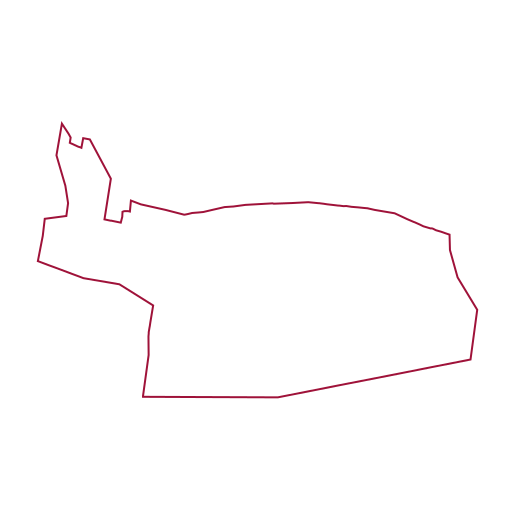 outline of Trinidad Zaachila, Oaxaca, Mexico, rotated 177°
{"feature_id": "50627088B25274478654542", "entity_name": "Trinidad Zaachila", "entity_type": "district", "adm_level": 2, "iso_a3": "MEX", "parent_name": "Mexico", "parent_adm1": "Oaxaca", "projection": "robinson", "projection_center": [-96.784, 16.924], "detail": "fine", "context": "isolated", "style": "outline", "palette": "rose", "viewbox_px": 512, "rotation_deg": 177, "n_neighbors": 0, "source": "geoboundaries", "source_scale": "gbopen_adm2", "svg_char_len": 1671}
<svg xmlns="http://www.w3.org/2000/svg" viewBox="0 0 512 512"><g transform="rotate(177 256 256)"><path d="M450.0,367.0L442.7,336.1L440.9,318.6L443.3,305.9L465.0,304.2L467.9,287.2L474.1,262.3L463.6,257.7L457.7,255.2L440.5,247.7L433.3,244.6L429.5,242.9L393.9,234.9L361.3,212.0L365.0,195.2L365.4,193.2L365.7,191.7L366.1,190.1L366.5,188.3L367.1,185.6L367.2,184.1L367.6,181.3L368.4,162.7L376.2,121.9L376.2,121.3L319.8,118.1L241.6,113.7L179.4,122.6L119.9,131.0L86.6,135.8L47.2,141.4L37.9,190.7L55.8,224.1L62.0,251.8L61.6,267.2L66.4,269.1L66.8,269.3L70.0,270.6L74.9,272.3L77.7,273.9L78.1,274.1L79.0,274.4L80.2,274.4L81.1,274.7L87.3,276.9L90.7,278.8L95.6,281.3L96.8,281.8L103.3,285.0L105.9,286.4L115.3,291.4L135.0,295.8L141.8,297.7L141.9,297.8L142.0,297.8L145.5,298.3L151.3,299.2L158.0,300.1L163.3,301.2L166.0,301.2L169.8,301.9L171.6,302.1L176.2,302.9L182.2,303.9L182.7,304.0L186.1,304.7L188.4,305.1L190.0,305.4L191.0,305.5L201.0,307.0L217.3,307.0L235.5,307.3L236.7,307.7L237.8,307.7L263.9,307.6L276.1,306.6L277.9,306.6L284.8,306.5L297.4,304.3L306.3,302.7L310.4,302.5L317.5,302.3L321.7,301.5L324.3,301.1L325.6,301.0L344.0,306.8L368.3,313.6L378.0,317.9L379.6,307.0L381.4,307.5L383.0,307.6L384.6,307.7L386.0,307.5L387.0,307.1L387.5,302.1L389.3,296.4L398.9,298.9L399.5,298.9L405.4,300.5L396.9,340.8L415.8,381.1L416.2,381.2L422.4,382.7L424.7,373.2L425.9,373.8L426.3,373.9L426.8,374.1L427.4,374.3L427.8,374.5L428.3,374.7L429.2,375.2L429.8,375.5L430.2,375.8L430.8,376.0L431.2,376.3L431.8,376.6L432.3,376.8L432.8,377.1L433.2,377.4L434.2,377.8L434.8,378.1L435.4,378.5L436.0,378.8L434.9,384.0L436.8,387.9L442.9,398.3L450.0,367.0Z" fill="none" stroke="#9f1239" stroke-width="2"/></g></svg>